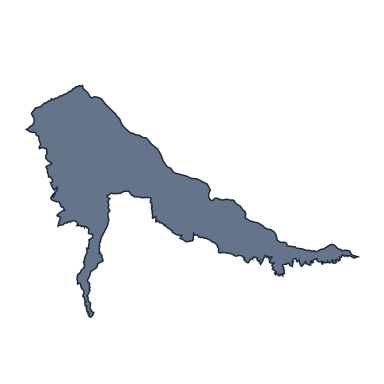 Girón, Santander, Colombia (Albers equal-area conic projection), rotated 175°
{"feature_id": "7082276B75603088073292", "entity_name": "Girón", "entity_type": "district", "adm_level": 2, "iso_a3": "COL", "parent_name": "Colombia", "parent_adm1": "Santander", "projection": "albers", "projection_center": [-73.264, 7.05], "detail": "fine", "context": "isolated", "style": "filled", "palette": "slate", "viewbox_px": 384, "rotation_deg": 175, "n_neighbors": 0, "source": "geoboundaries", "source_scale": "gbopen_adm2", "svg_char_len": 6062}
<svg xmlns="http://www.w3.org/2000/svg" viewBox="0 0 384 384"><g transform="rotate(175 192 192)"><path d="M40.2,119.7L44.8,120.7L47.6,120.2L48.5,121.5L51.5,122.7L54.6,126.5L56.7,127.5L58.8,127.4L66.2,123.6L68.5,123.7L72.5,121.9L74.5,121.8L75.2,122.8L78.3,122.7L80.2,123.7L83.0,123.8L87.1,125.7L93.2,127.1L94.2,128.4L101.3,129.9L101.9,130.3L102.2,132.5L102.8,133.1L104.7,134.0L108.0,134.0L111.2,136.4L112.0,142.0L114.0,145.5L117.2,147.8L119.6,148.3L122.8,150.1L124.1,152.0L129.0,155.5L136.6,158.0L141.4,161.9L140.4,165.3L141.0,168.1L142.6,169.4L145.1,173.7L149.3,176.6L150.8,179.7L152.4,180.6L154.3,180.5L157.9,181.8L162.6,181.3L168.6,183.9L170.0,183.6L172.2,181.7L173.7,181.8L175.5,184.6L175.9,186.5L175.0,190.1L173.5,192.2L176.2,198.6L186.4,204.9L191.1,205.4L196.5,208.5L208.2,212.7L211.4,217.8L213.1,218.3L215.0,220.0L217.9,225.2L219.6,231.4L222.4,237.7L228.0,243.0L232.8,249.9L235.9,250.4L239.6,253.1L243.1,253.9L245.4,255.5L248.6,256.5L254.7,263.2L256.2,266.0L257.8,271.4L259.9,273.5L261.2,276.2L270.3,286.6L273.7,292.2L276.5,294.1L279.8,295.2L281.5,295.3L283.3,294.5L285.0,295.3L287.1,299.9L291.4,304.5L291.8,307.6L293.6,307.2L295.4,307.8L296.6,306.8L298.6,307.0L299.2,305.7L300.4,305.8L301.1,305.0L302.1,305.0L302.8,303.5L305.8,302.6L309.3,300.4L310.5,300.6L313.6,299.0L314.9,299.3L318.2,297.3L320.4,297.3L321.7,295.9L324.0,297.2L325.3,294.9L326.8,295.4L329.2,293.5L331.2,293.5L335.3,290.2L340.6,289.3L344.8,284.7L345.1,283.9L342.8,278.5L343.0,275.7L345.1,272.3L346.5,272.1L350.4,269.1L351.5,268.8L347.6,265.8L342.8,265.0L342.0,261.9L339.7,260.7L340.0,258.1L338.6,252.5L340.5,249.8L340.2,248.5L338.0,249.2L335.9,249.1L334.9,248.1L333.6,248.2L332.9,246.9L333.3,244.3L332.7,242.9L334.2,241.6L334.9,238.8L332.9,235.8L329.2,232.8L331.5,231.3L334.3,230.6L335.3,229.4L333.7,226.3L334.5,224.8L333.5,221.8L333.6,219.4L332.0,219.5L329.7,216.0L330.4,214.2L332.2,213.7L330.4,208.0L328.9,205.9L326.1,208.6L325.8,207.5L326.3,205.4L328.7,203.7L328.3,202.6L329.2,202.2L329.4,202.7L330.7,201.8L329.5,201.2L330.7,200.7L330.3,199.3L330.8,199.1L331.2,200.1L331.8,200.3L333.2,198.4L332.8,197.0L331.7,196.0L327.8,194.0L325.7,194.0L324.9,193.4L324.0,189.4L322.9,188.1L321.6,188.1L320.4,184.8L321.8,185.0L328.0,181.2L328.5,180.2L327.9,179.4L327.2,179.9L325.1,177.9L327.6,172.7L328.4,169.7L326.8,170.5L323.4,170.5L321.3,172.3L318.8,172.0L317.8,173.1L315.5,172.6L314.5,173.5L311.2,173.6L309.5,172.1L308.3,169.8L308.1,169.2L309.1,169.4L309.7,168.6L305.3,168.2L305.4,167.3L301.9,167.1L302.0,166.3L301.5,166.9L299.9,166.5L299.7,165.2L298.0,164.7L298.7,159.7L294.6,158.2L294.7,155.5L299.0,153.2L298.6,151.2L299.9,146.7L299.8,144.9L301.9,145.2L301.7,141.2L304.5,136.1L305.3,132.8L306.2,131.9L305.4,128.3L306.8,125.4L309.2,123.7L310.2,121.6L313.2,119.5L314.2,115.2L313.7,112.5L314.1,110.3L312.3,110.8L311.5,110.5L310.8,109.5L311.1,108.3L310.2,105.2L308.5,103.4L308.2,101.5L310.0,97.7L308.5,96.3L308.4,93.6L307.3,92.5L307.5,91.8L308.5,91.5L308.2,87.8L306.6,87.3L307.4,85.7L307.1,82.2L306.7,81.5L305.5,81.5L306.3,79.5L305.1,79.0L305.5,77.3L304.3,76.2L303.5,76.2L301.4,78.2L300.4,80.6L301.7,81.0L303.8,84.9L302.7,90.1L304.6,92.2L305.0,93.9L304.6,95.9L305.5,97.1L305.5,97.9L304.4,98.9L302.1,103.2L302.9,105.1L302.0,105.8L302.5,107.9L301.9,109.4L302.4,110.6L303.5,111.1L303.8,113.4L301.3,117.2L299.7,121.6L293.6,125.0L291.8,129.0L286.7,131.1L286.9,133.6L287.5,134.9L287.2,136.5L288.4,138.5L289.9,139.0L288.9,140.2L289.6,142.2L288.8,145.4L288.7,149.2L287.3,150.6L287.4,151.6L286.5,154.2L279.4,165.4L277.3,171.3L277.8,177.8L276.7,179.6L275.8,179.7L275.4,180.7L276.8,183.3L276.0,186.6L276.4,189.1L276.9,189.5L274.4,192.7L276.7,193.9L277.2,195.6L275.4,196.0L272.6,198.0L270.9,197.2L266.1,196.9L262.7,197.1L260.1,198.6L255.0,198.2L252.4,194.2L249.4,192.2L244.8,191.6L242.4,190.6L237.3,190.5L233.7,189.8L233.4,188.6L234.2,187.1L233.8,186.7L234.5,185.1L233.2,184.2L232.9,182.4L233.5,182.1L232.9,180.7L233.7,180.3L233.6,177.2L232.8,176.3L233.6,175.2L233.0,170.8L233.7,170.4L233.7,169.5L232.9,169.2L232.1,170.0L229.9,170.2L230.7,165.5L228.9,165.6L228.5,166.2L226.7,164.1L226.1,164.3L223.7,162.9L222.5,161.0L221.3,161.3L221.3,160.6L219.0,158.0L218.0,157.7L215.2,154.9L215.2,153.8L212.1,151.4L208.6,149.8L205.9,149.8L208.0,146.8L205.1,145.5L202.6,143.0L198.5,143.0L197.3,143.6L195.9,143.3L194.7,144.7L195.0,146.0L193.8,150.4L193.2,148.8L191.1,148.8L189.5,147.8L189.2,146.6L186.5,145.8L185.2,146.0L184.3,145.2L181.3,144.5L179.7,143.1L178.4,142.8L176.6,140.8L173.8,139.4L171.6,136.9L171.3,134.8L170.2,133.4L170.9,129.9L170.3,129.3L169.2,128.7L167.1,129.2L160.6,127.8L157.9,126.8L154.1,124.3L150.2,124.7L147.7,124.0L146.6,122.4L145.3,122.2L146.2,120.0L145.4,119.9L144.5,117.9L142.5,116.6L141.8,116.8L139.9,119.6L138.2,120.4L137.5,119.7L137.5,120.6L136.5,121.7L135.6,121.2L135.0,121.6L132.7,120.5L133.2,119.1L131.9,117.3L130.6,118.0L130.8,116.2L129.9,114.0L127.0,118.1L127.1,119.1L126.0,120.1L125.3,122.3L124.6,122.4L123.4,120.3L121.9,121.5L121.2,118.9L119.7,120.7L118.2,120.4L118.0,119.8L120.9,116.8L120.8,114.9L118.5,114.1L116.6,114.2L118.9,111.9L117.6,109.6L118.7,108.2L115.1,105.3L115.1,104.6L116.8,104.1L116.1,102.4L115.1,103.5L114.6,102.5L112.9,102.4L113.1,101.1L111.6,101.0L110.3,102.4L108.8,100.6L108.7,102.7L107.0,102.7L107.3,104.5L106.8,106.1L107.8,107.0L107.1,108.6L108.6,110.6L108.4,111.2L106.3,111.9L104.0,111.8L102.7,113.0L101.4,112.1L101.1,110.6L98.5,109.1L97.9,112.6L97.0,113.8L98.4,114.0L96.8,116.4L94.4,116.7L93.7,113.7L93.1,113.2L91.3,114.9L90.3,109.4L89.1,108.4L84.7,112.8L84.4,110.4L83.5,110.5L81.9,109.1L80.1,109.0L79.9,113.0L79.1,112.9L79.0,111.2L77.9,111.0L77.3,111.5L77.3,113.1L75.8,114.5L74.3,114.1L73.4,114.6L73.2,112.3L71.5,111.3L68.5,111.3L69.0,109.4L68.6,108.8L67.8,109.2L67.2,110.8L66.4,110.7L65.7,109.9L63.2,110.0L62.9,111.3L61.1,109.3L59.4,110.1L58.3,111.9L57.2,111.1L58.0,109.0L55.1,108.7L53.9,110.1L55.1,111.1L54.8,112.1L52.6,111.9L52.1,110.6L50.7,111.2L50.3,111.5L50.8,114.3L48.7,114.1L47.7,116.2L45.3,114.6L44.0,115.5L42.6,114.1L42.0,114.9L40.1,114.6L36.5,112.1L32.5,113.0L37.8,115.1L39.0,116.7L40.2,119.7Z" fill="#64748b" stroke="#1e293b" stroke-width="1.5"/></g></svg>